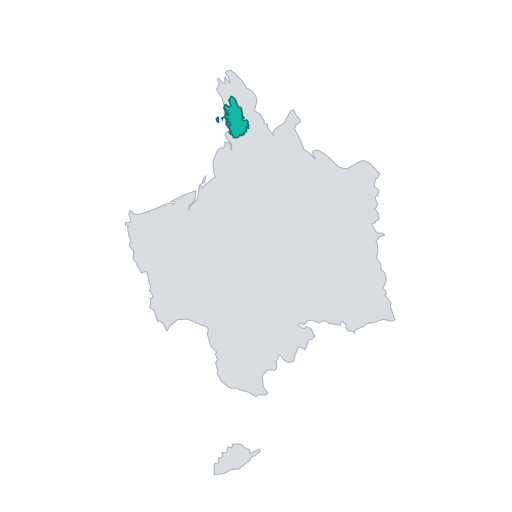 Morbihan on a map of France (Equal Earth projection), rotated 59°
{"feature_id": "FRA-5327", "entity_name": "Morbihan", "entity_type": "Metropolitan department", "adm_level": 1, "iso_a3": "FRA", "parent_name": "France", "parent_adm1": "", "projection": "equal_earth", "projection_center": [-2.844, 47.752], "detail": "fine", "context": "in_parent", "style": "filled", "palette": "teal", "viewbox_px": 512, "rotation_deg": 59, "n_neighbors": 0, "source": "natural_earth", "source_scale": "10m", "svg_char_len": 8920}
<svg xmlns="http://www.w3.org/2000/svg" viewBox="0 0 512 512"><g transform="rotate(59 256 256)"><path d="M372.6,211.0L369.8,212.4L368.2,215.2L366.5,215.8L363.2,215.8L361.5,214.1L357.6,215.2L356.1,217.0L358.6,219.2L351.3,228.1L346.5,230.5L345.7,236.4L340.0,240.8L338.1,245.4L337.9,246.4L339.5,247.9L339.0,250.9L336.1,252.9L336.3,254.8L337.1,255.1L341.6,253.6L343.3,251.7L342.2,249.3L346.7,246.3L354.9,247.0L356.1,251.0L355.2,254.4L361.6,261.8L356.6,265.2L356.4,267.4L362.1,274.9L365.6,277.9L364.1,282.9L358.6,286.1L355.0,285.9L353.5,286.7L353.8,288.2L356.5,292.8L362.7,295.7L363.8,299.1L362.2,300.4L359.7,305.6L361.0,308.1L360.6,309.3L361.3,311.0L363.0,312.8L371.7,317.2L379.4,316.4L380.5,318.9L376.1,325.8L376.6,328.8L374.2,328.9L373.9,329.9L369.2,332.2L362.0,339.2L358.5,341.2L357.2,344.7L355.2,346.7L344.4,350.7L342.3,349.8L336.9,349.9L333.5,347.4L327.0,345.8L324.7,342.1L318.7,341.4L318.3,339.0L310.0,341.2L298.0,337.9L293.8,334.3L290.4,335.2L287.4,338.4L275.0,346.9L270.2,355.7L271.5,366.0L274.6,371.1L266.8,370.3L262.2,371.8L261.1,374.0L250.0,371.4L246.0,373.5L244.8,373.4L243.3,371.2L237.9,368.8L238.7,367.1L237.9,365.6L232.8,364.3L231.1,365.8L229.1,362.8L214.8,358.1L212.5,358.2L211.6,362.9L202.5,362.8L201.2,361.9L195.3,362.9L188.9,358.6L182.0,359.4L177.6,354.9L173.5,354.6L167.6,352.4L164.9,351.1L164.6,349.8L162.9,351.8L160.7,351.4L160.2,350.8L161.6,348.3L161.9,345.4L154.5,343.3L152.6,341.3L152.5,340.2L156.5,339.2L160.0,335.2L163.2,320.9L165.5,304.0L167.3,300.9L169.5,300.0L167.7,297.7L165.5,300.7L166.7,285.3L169.1,273.9L175.3,278.6L176.7,280.6L178.6,287.4L182.1,290.3L179.8,287.5L177.5,278.4L176.1,275.9L166.4,268.3L166.0,266.5L170.3,267.4L168.5,261.8L167.4,249.9L161.5,248.8L152.2,243.7L145.7,234.7L144.9,231.4L146.6,227.8L145.1,225.6L142.4,224.0L144.4,221.0L146.3,220.6L153.1,222.4L147.6,219.5L138.7,220.5L135.2,219.5L134.5,217.4L136.9,214.7L133.9,213.0L128.9,213.4L128.2,212.7L129.7,210.7L128.5,210.0L124.3,210.8L122.0,210.1L119.8,207.9L113.1,207.4L111.6,206.2L102.4,203.6L92.7,204.1L90.1,199.7L84.2,197.6L85.4,196.2L91.3,194.9L92.4,193.6L88.2,191.9L86.7,190.1L94.5,189.6L91.0,187.7L83.4,187.9L82.4,185.3L83.4,182.6L87.9,180.2L98.9,177.6L106.9,177.5L112.6,174.5L118.1,173.6L123.4,175.1L130.7,182.7L136.4,179.4L144.9,179.5L146.7,181.3L149.0,177.9L150.9,179.9L161.3,179.2L158.9,177.9L156.9,174.7L156.4,162.9L151.0,154.4L149.6,151.3L149.9,148.7L156.1,149.2L161.3,148.0L163.7,148.8L164.4,154.3L166.6,157.4L180.9,158.4L189.2,160.1L196.1,157.0L202.6,155.6L203.1,154.9L199.3,155.2L195.9,153.9L195.4,152.4L197.1,148.1L206.9,143.4L221.3,139.5L224.9,136.8L229.1,132.0L228.1,130.8L228.4,117.9L230.4,113.6L235.8,110.6L249.6,107.5L251.5,111.6L251.5,113.9L255.4,117.5L257.2,118.6L263.3,116.7L266.3,120.1L267.4,123.9L274.8,125.5L277.2,130.5L278.5,129.4L283.1,129.6L285.3,130.0L288.4,132.2L287.6,135.2L289.0,136.7L287.9,139.4L288.8,140.6L297.3,140.6L299.8,139.3L300.8,136.6L303.3,134.9L304.3,135.4L303.0,140.6L304.2,141.9L305.0,145.6L308.2,145.9L314.6,148.9L320.2,153.8L326.7,153.0L331.9,155.7L337.2,154.3L342.3,155.8L344.1,157.2L349.2,164.1L352.7,162.8L355.3,163.6L356.3,165.6L365.8,164.4L367.6,166.3L369.7,167.1L382.0,169.7L382.3,172.3L375.8,179.7L373.4,190.4L371.5,194.0L371.0,196.8L371.6,198.7L371.5,201.6L370.4,208.6L371.4,210.6L372.6,211.0ZM426.5,359.2L426.2,363.8L428.1,367.2L429.6,380.7L426.3,387.2L426.2,395.1L422.1,404.5L414.7,400.3L412.5,398.0L414.2,394.4L410.0,392.4L410.7,389.0L410.2,387.2L407.3,387.0L407.1,386.1L409.1,383.4L408.9,381.8L406.0,379.7L405.4,377.8L407.9,375.8L406.6,373.9L405.1,373.4L408.4,367.3L410.7,365.4L416.2,363.7L418.3,361.5L422.0,362.7L422.6,362.1L423.2,352.5L424.5,352.3L425.7,353.6L426.5,359.2ZM166.7,262.4L165.9,265.1L162.2,260.5L161.7,257.9L166.7,262.4Z" fill="#d9dde1" stroke="#a8b0b8" stroke-width="1"/><path d="M136.1,215.2L135.8,215.2L135.5,215.0L135.7,214.5L135.3,214.1L135.6,213.9L137.1,213.8L137.9,213.6L138.4,213.6L138.0,213.5L137.4,213.6L137.0,213.6L135.2,213.0L134.8,212.9L134.5,213.0L133.7,213.2L132.8,213.2L132.6,213.3L132.4,213.4L132.1,213.2L132.5,213.1L132.9,212.9L133.2,212.6L133.4,212.2L133.0,212.5L132.7,212.5L132.4,212.5L132.0,212.6L132.3,212.7L132.4,212.8L132.4,213.0L131.9,213.0L131.6,212.9L131.3,212.8L131.3,213.5L131.0,213.7L130.2,213.4L129.8,213.5L128.6,213.8L128.1,213.9L127.8,213.8L127.5,213.7L127.1,213.4L126.7,212.7L126.3,212.4L126.1,212.4L126.0,212.2L125.6,212.0L126.0,211.8L126.6,211.8L127.0,212.4L127.3,212.2L127.6,212.2L127.8,212.4L127.8,212.2L127.9,211.8L128.3,212.1L128.9,212.3L129.5,212.3L130.0,212.0L129.9,211.8L130.8,210.7L130.9,210.1L130.4,209.5L130.6,209.9L130.6,210.1L130.2,210.3L130.5,210.5L130.4,210.7L130.0,210.7L129.9,210.6L128.7,209.9L129.2,210.0L129.7,210.1L129.4,209.8L129.1,209.6L128.4,209.5L128.7,209.7L128.3,209.9L127.0,210.0L126.8,210.2L126.6,210.6L126.1,210.8L125.4,210.9L125.4,210.7L125.5,210.7L125.2,210.6L124.9,210.7L124.8,210.4L124.8,210.1L124.8,209.8L125.0,209.7L124.7,209.7L124.3,209.2L124.2,208.9L124.1,209.1L124.2,209.5L124.2,210.4L124.3,210.7L124.5,211.0L124.8,211.3L125.0,211.6L125.0,211.8L124.9,211.8L124.9,212.0L124.8,211.9L124.6,211.6L124.4,211.7L124.2,211.5L123.9,211.2L123.6,210.9L123.7,211.3L123.6,211.5L123.4,211.4L123.3,211.0L123.2,210.6L123.0,210.9L123.1,211.3L122.8,211.3L122.6,211.3L122.5,211.1L121.7,211.5L121.4,211.5L121.0,211.3L121.3,211.1L121.1,211.0L120.8,210.8L120.6,210.8L120.4,211.1L120.5,211.2L120.6,211.3L120.4,212.4L120.6,213.2L121.0,213.9L121.5,214.5L121.2,214.4L120.7,214.3L120.5,214.5L120.4,214.5L120.1,213.6L120.1,213.3L120.1,213.0L120.3,212.5L120.4,212.1L120.3,211.4L120.2,210.8L119.9,210.4L119.6,210.1L119.3,210.0L119.1,209.9L118.9,209.8L118.8,209.6L118.8,209.2L119.1,208.4L120.9,207.6L120.7,207.3L120.7,207.1L120.7,206.8L120.3,207.0L120.2,207.0L120.2,206.4L120.2,206.2L119.9,206.5L119.6,206.4L119.3,206.3L119.0,206.4L119.3,206.5L119.5,206.7L119.7,207.0L119.7,207.4L119.6,207.5L119.3,207.5L119.1,207.6L118.9,207.8L118.6,207.8L118.9,208.3L118.6,208.4L118.5,208.7L118.4,209.0L118.2,209.1L117.3,208.3L116.7,208.1L115.7,207.9L115.1,207.8L115.5,207.7L115.9,207.7L116.9,208.0L116.9,207.8L116.5,207.7L116.1,207.5L115.1,207.4L115.1,207.2L115.3,207.2L115.4,206.7L115.5,206.6L115.9,206.6L116.0,206.6L116.3,205.9L116.6,205.6L116.9,205.4L116.9,205.1L116.3,205.7L115.7,206.2L115.0,206.6L114.5,206.7L114.8,206.9L114.9,207.0L113.0,207.6L112.7,207.5L112.6,207.4L111.9,206.6L111.5,206.0L111.3,205.7L111.2,205.6L111.1,205.4L110.8,205.5L110.7,205.3L110.6,205.0L110.5,204.6L110.6,204.3L110.7,204.0L110.8,203.8L111.0,203.7L111.5,203.7L112.0,204.0L112.3,203.9L112.6,203.7L112.7,203.4L112.8,203.2L112.9,202.9L113.3,202.8L113.9,202.9L114.2,202.6L114.3,202.2L114.5,201.2L114.4,200.8L114.3,200.2L114.0,199.8L113.5,199.8L112.4,200.0L111.9,199.8L110.7,199.1L110.1,199.0L108.8,199.3L108.4,198.9L107.7,197.1L107.6,196.9L106.8,196.0L106.6,195.9L106.4,195.7L106.4,195.4L106.6,194.8L106.9,194.4L110.3,193.2L110.8,193.3L113.0,193.2L113.2,193.3L113.3,193.4L113.3,193.5L113.3,193.9L113.7,194.2L114.2,194.2L115.2,193.7L115.5,193.7L115.7,193.8L115.8,194.0L116.0,194.2L116.7,194.4L119.7,194.1L120.0,193.9L120.3,193.6L120.5,192.9L120.6,192.7L121.1,192.5L122.6,192.6L123.1,192.8L123.2,193.0L123.4,193.7L123.5,193.9L123.8,193.9L124.8,193.6L125.4,193.7L127.0,194.5L127.9,194.7L128.3,194.9L128.7,195.7L128.9,195.9L129.1,195.9L129.8,195.3L131.1,194.9L131.5,195.0L131.4,197.5L131.9,197.7L132.8,197.3L134.0,196.2L134.3,195.7L134.4,195.3L134.4,194.4L134.6,193.9L135.0,193.8L136.9,193.7L137.5,193.9L137.7,194.1L137.9,194.3L138.3,195.1L138.5,195.2L138.9,195.2L139.7,194.7L140.1,194.7L140.6,195.1L140.8,195.4L141.1,196.2L141.4,196.4L141.7,196.4L142.1,196.3L142.5,196.4L142.7,196.5L142.7,196.8L142.4,197.2L140.9,197.6L140.5,198.0L140.5,198.6L140.9,198.8L143.0,199.2L144.0,199.8L144.2,200.1L144.4,200.4L144.5,200.7L144.6,201.2L144.5,201.4L144.4,202.0L144.4,203.0L144.3,203.3L145.2,203.3L145.5,203.4L145.7,203.7L145.7,204.1L145.5,204.5L145.3,204.9L145.2,205.0L144.4,205.2L144.2,205.3L144.0,205.5L144.1,205.8L144.3,206.0L145.2,206.0L145.5,206.4L145.4,206.7L145.1,206.8L144.6,206.7L144.2,206.8L144.0,207.0L144.0,207.3L144.0,207.8L144.1,208.1L144.4,208.5L144.4,209.3L144.5,209.6L144.9,209.8L145.0,210.1L144.9,210.3L144.9,210.5L144.8,210.8L144.6,211.2L144.4,212.5L144.1,212.9L143.9,213.1L143.6,213.2L143.3,213.4L143.2,213.6L143.1,214.0L142.9,214.2L142.7,214.3L142.4,214.3L142.3,214.2L142.3,213.9L142.3,213.7L142.2,213.6L141.6,213.8L141.3,213.9L141.0,213.9L140.8,213.9L140.7,213.8L140.6,213.7L140.4,213.6L140.1,213.6L139.9,213.7L139.9,213.8L139.8,214.0L139.6,214.2L139.4,214.5L139.1,214.9L138.8,215.0L138.6,215.1L138.4,215.0L138.1,215.1L137.7,215.2L137.3,215.1L137.0,214.9L136.8,214.8L136.5,214.9L136.3,215.0L136.2,215.2L136.1,215.2ZM120.8,218.9L121.1,219.0L121.8,219.0L122.0,219.2L121.9,219.8L121.3,220.0L119.4,219.8L118.2,219.5L117.8,219.2L117.9,218.7L117.7,218.2L117.4,217.8L117.3,217.3L117.5,217.2L117.8,217.0L118.0,217.1L118.3,217.2L119.3,217.7L119.9,218.1L120.0,218.2L120.8,218.9Z" fill="#14b8a6" stroke="#0f766e" stroke-width="1.5"/></g></svg>